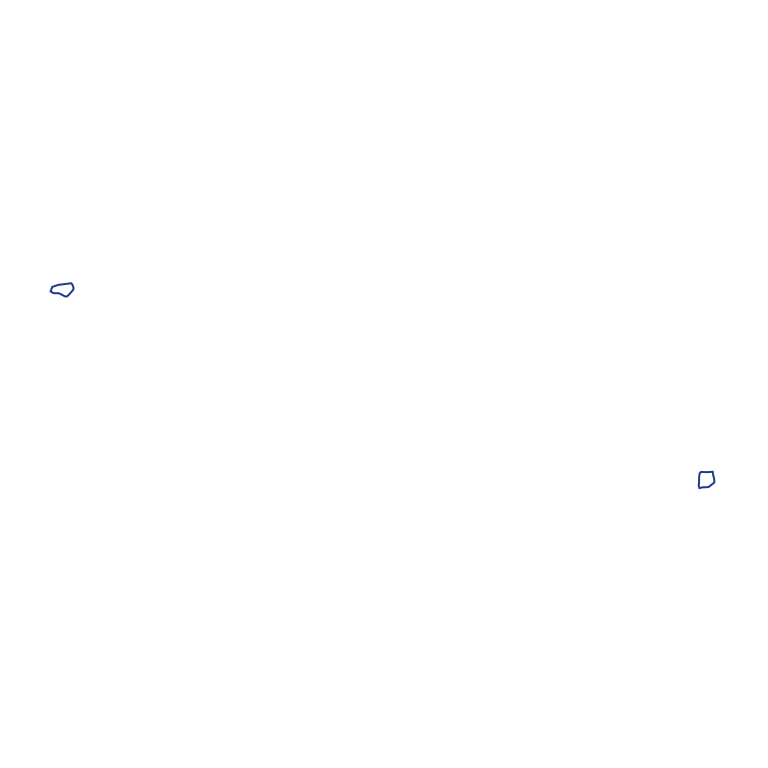 the state/province of Tristan da Cunha, rotated 136°
{"feature_id": "SHN-4865", "entity_name": "Tristan da Cunha", "entity_type": "state/province", "adm_level": 1, "iso_a3": "SHN", "parent_name": "Saint Helena", "parent_adm1": "", "projection": "natural_earth1", "projection_center": [-11.177, -38.727], "detail": "fine", "context": "isolated", "style": "outline", "palette": "blue", "viewbox_px": 768, "rotation_deg": 136, "n_neighbors": 0, "source": "natural_earth", "source_scale": "10m", "svg_char_len": 559}
<svg xmlns="http://www.w3.org/2000/svg" viewBox="0 0 768 768"><g transform="rotate(136 384 384)"><path d="M212.5,86.3L214.1,84.3L214.8,83.7L221.6,84.3L224.0,85.9L226.2,88.1L229.4,90.0L228.7,91.4L228.1,92.4L227.3,93.1L226.4,93.7L221.6,98.5L218.9,100.5L217.0,100.5L213.0,96.3L208.5,92.5L209.9,90.7L212.5,86.3ZM555.1,675.5L558.0,678.2L558.9,679.7L559.5,682.2L555.2,684.3L549.5,681.6L539.0,673.7L539.0,672.4L540.3,669.2L541.4,668.0L543.4,667.5L549.9,667.1L551.8,667.5L552.7,668.9L554.3,673.7L555.1,675.5Z" fill="none" stroke="#1e3a8a" stroke-width="2"/></g></svg>